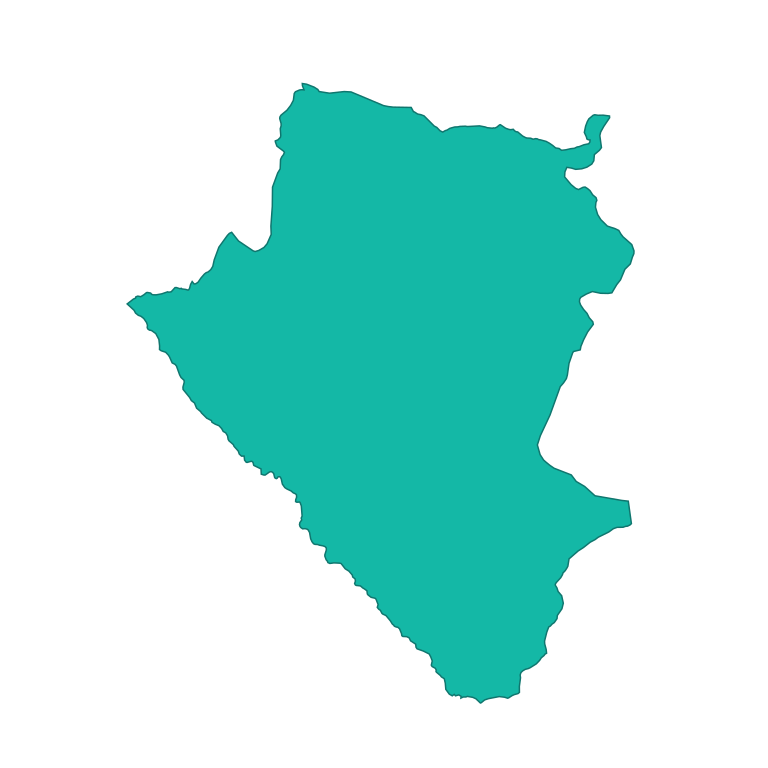 outline of Cornereva, Caras-Severin, Romania, rotated 99°
{"feature_id": "2599482B63249378795855", "entity_name": "Cornereva", "entity_type": "district", "adm_level": 2, "iso_a3": "ROU", "parent_name": "Romania", "parent_adm1": "Caras-Severin", "projection": "mercator", "projection_center": [22.558, 45.065], "detail": "fine", "context": "isolated", "style": "filled", "palette": "teal", "viewbox_px": 768, "rotation_deg": 99, "n_neighbors": 0, "source": "geoboundaries", "source_scale": "gbopen_adm2", "svg_char_len": 6160}
<svg xmlns="http://www.w3.org/2000/svg" viewBox="0 0 768 768"><g transform="rotate(99 384 384)"><path d="M345.1,650.2L350.3,642.4L352.8,640.5L354.6,637.4L355.1,634.7L356.9,631.5L360.5,628.1L363.0,626.8L365.4,626.7L366.6,625.9L367.5,624.1L367.4,623.3L367.7,621.6L369.9,617.3L375.2,613.3L381.5,611.6L385.1,611.1L386.0,609.3L386.8,604.6L389.2,601.5L390.8,600.1L396.3,596.5L397.3,593.4L398.7,591.8L406.9,587.3L409.3,585.5L411.7,582.0L413.7,581.6L418.5,582.1L420.8,581.6L427.7,573.9L430.5,571.7L432.4,568.2L437.2,565.3L440.0,560.7L441.0,559.9L445.5,553.7L447.1,548.8L448.7,547.9L450.1,544.4L451.0,540.5L453.4,537.4L456.0,535.4L457.0,532.7L459.7,530.4L463.0,529.3L464.4,528.2L467.4,523.4L469.1,522.3L473.0,517.5L475.8,516.0L477.5,513.5L477.1,510.9L481.0,509.8L482.8,507.9L482.9,507.0L481.1,503.1L481.1,502.3L481.9,501.1L484.6,500.0L484.9,499.5L487.1,492.2L492.3,491.1L492.7,488.5L492.5,487.1L488.7,483.2L488.2,481.6L488.7,480.2L489.8,478.9L493.4,477.4L494.1,476.6L494.3,475.5L493.7,474.7L492.4,474.2L492.1,473.7L491.9,472.6L492.1,472.0L493.7,470.7L498.8,468.7L501.8,465.8L502.8,463.7L504.2,459.0L505.7,456.6L506.3,454.3L507.0,453.2L509.4,452.6L512.1,453.1L514.0,452.9L514.4,451.6L513.8,448.9L514.1,448.4L517.3,446.6L527.3,444.2L529.4,444.8L531.1,444.0L534.0,445.4L536.0,445.5L537.5,444.9L538.7,443.9L539.8,441.7L539.2,439.3L539.4,437.3L539.9,436.2L542.3,434.3L548.4,432.2L551.1,430.4L552.8,428.6L553.2,427.0L552.9,424.6L553.3,422.6L553.4,418.7L553.9,416.6L554.9,415.4L557.0,415.0L561.9,415.7L563.3,415.5L566.7,413.6L567.5,412.5L569.2,411.4L569.7,409.4L568.5,405.4L567.9,399.9L568.0,398.3L572.6,393.4L574.3,389.4L577.6,385.5L579.5,384.7L581.0,382.1L583.1,381.4L585.7,381.8L587.0,380.8L587.3,379.9L587.1,375.7L588.8,373.0L589.4,371.4L590.9,368.5L594.0,367.6L594.8,366.8L596.7,363.4L597.0,359.3L597.8,358.2L602.8,355.3L605.7,355.7L607.3,353.9L608.1,352.2L610.8,350.2L611.4,349.3L612.4,345.8L617.1,340.5L619.7,338.3L620.9,336.4L621.6,335.9L622.1,333.9L622.1,332.3L623.3,330.4L627.7,327.7L629.8,327.0L630.4,325.9L630.0,322.0L630.8,319.4L633.5,317.6L636.0,312.0L639.0,311.2L640.4,309.9L641.6,303.4L643.6,297.1L646.3,295.1L650.0,293.0L654.2,293.3L654.9,292.9L655.6,292.1L656.7,289.0L658.2,287.7L659.7,287.7L660.4,287.2L663.1,282.7L664.3,281.5L665.6,278.4L669.8,276.7L675.9,275.2L680.1,271.0L681.3,267.8L679.6,266.1L680.8,264.6L679.4,261.5L680.4,259.0L682.2,258.9L680.8,256.9L680.3,254.1L679.5,252.8L679.6,247.3L680.5,244.0L684.0,238.9L683.6,238.1L680.3,235.2L678.4,231.5L674.7,221.3L674.5,215.9L675.0,212.8L674.5,211.8L671.7,208.7L670.4,206.7L668.8,203.2L667.4,202.0L661.5,203.0L652.8,203.2L650.1,204.0L647.6,203.6L645.6,202.1L643.7,199.8L642.5,197.0L641.3,195.2L636.6,189.8L632.7,187.1L629.8,185.8L627.2,183.5L625.6,182.7L624.5,181.3L620.8,182.3L615.6,184.6L612.8,185.2L603.6,184.4L598.2,183.3L597.0,181.8L594.8,180.4L593.0,178.5L588.7,176.4L585.5,176.6L578.2,173.1L572.5,172.6L565.3,175.4L561.7,179.6L558.3,181.3L556.1,183.2L555.0,183.5L553.2,182.8L547.6,179.1L544.4,177.9L542.7,177.7L540.0,175.8L537.0,174.5L535.2,173.9L527.8,173.9L518.6,166.2L514.3,161.4L508.0,155.6L504.6,151.1L501.8,148.4L494.9,138.7L491.0,134.8L489.1,131.3L488.1,125.5L486.8,123.1L486.3,121.2L484.6,118.8L483.2,117.8L461.5,124.4L461.8,131.1L461.4,158.1L453.8,169.8L450.2,178.9L444.5,184.8L440.6,202.8L438.3,207.6L435.6,212.2L434.1,214.5L429.3,218.8L420.2,223.0L410.6,221.5L388.7,215.2L359.0,209.5L354.7,206.8L350.1,204.7L346.4,204.3L334.7,204.5L323.5,202.5L322.2,201.8L319.6,195.5L316.0,195.4L309.2,193.8L300.7,191.0L292.3,186.6L289.9,187.5L286.4,191.7L282.5,194.5L279.1,198.6L275.3,202.1L272.3,203.8L269.3,204.0L267.5,203.1L263.5,198.2L260.1,192.7L260.5,184.3L259.5,176.9L258.3,173.2L249.5,169.7L244.1,166.7L233.0,164.0L226.9,159.5L219.8,158.5L216.2,157.6L213.4,157.9L207.5,161.1L201.2,171.0L198.6,173.7L195.6,176.1L194.5,179.7L193.1,188.1L187.7,195.6L183.2,199.5L176.3,202.8L171.5,203.1L169.3,202.5L166.8,203.7L164.5,207.5L160.8,210.8L159.2,213.4L158.0,216.2L158.6,218.2L161.5,222.3L160.8,225.3L157.8,230.4L151.2,238.0L146.2,238.5L141.4,237.3L141.4,232.7L142.0,228.3L140.5,222.3L138.1,217.5L134.3,213.2L130.7,211.7L124.5,212.1L119.5,207.8L116.5,206.2L104.9,209.7L101.2,209.4L95.4,207.3L85.7,202.8L84.0,203.2L84.2,209.6L85.1,214.7L85.1,217.9L85.8,219.4L90.0,223.1L92.9,224.2L97.7,225.2L104.2,225.5L108.2,222.8L110.3,221.9L110.8,220.5L110.7,218.7L112.8,218.5L114.7,219.4L116.4,223.9L119.0,228.3L119.7,230.4L121.4,232.8L122.3,236.2L124.3,241.2L125.4,245.2L124.0,247.9L124.0,251.4L122.0,254.7L120.2,258.5L119.0,261.9L118.4,267.6L118.4,269.5L117.9,270.9L117.9,272.5L118.9,275.1L118.3,277.5L118.7,281.4L118.5,282.7L117.4,285.9L114.1,291.4L114.2,292.9L113.6,294.4L112.2,296.2L113.0,298.6L113.0,300.4L112.4,303.8L109.7,309.6L110.0,310.4L112.6,312.7L113.8,314.4L114.0,316.3L114.4,316.8L114.7,322.1L114.3,324.2L114.1,330.0L116.3,340.2L116.7,342.2L116.6,343.8L117.7,349.3L118.5,351.4L119.1,354.4L121.2,359.0L123.3,361.4L124.2,363.2L126.0,365.4L125.1,368.3L122.3,372.0L121.4,374.7L112.9,386.4L112.2,389.8L112.1,393.0L110.5,396.6L110.5,397.4L106.6,400.4L109.1,418.2L109.3,423.1L109.1,428.0L100.7,462.2L101.4,469.1L105.3,483.3L105.3,493.8L103.5,495.4L101.7,499.5L100.0,507.3L100.0,511.7L102.2,511.2L106.0,509.0L106.2,511.2L106.8,513.4L109.2,517.2L111.1,518.1L118.0,517.9L123.5,519.8L128.8,522.7L134.6,527.8L136.6,528.6L138.2,528.5L142.8,526.4L145.1,526.0L148.1,526.4L154.8,524.8L156.6,524.9L159.5,527.0L160.9,529.4L161.8,529.2L165.8,527.0L169.7,519.7L170.7,518.6L173.1,519.1L175.7,520.5L178.5,521.3L187.7,520.2L192.2,522.0L207.0,524.9L226.1,522.1L245.8,520.4L253.9,518.8L263.8,521.4L267.9,523.9L271.7,528.6L273.3,532.0L273.0,534.0L265.5,550.1L258.0,558.2L259.4,560.3L261.7,561.9L274.7,568.5L287.9,571.1L294.6,571.5L298.2,573.0L300.8,575.2L301.9,577.1L303.5,578.6L307.8,581.3L312.6,583.6L314.5,585.7L314.9,587.2L312.8,589.5L315.8,590.6L319.9,591.0L321.6,591.7L321.9,592.3L321.6,594.6L321.7,598.5L321.2,599.2L321.8,600.5L321.2,604.2L321.5,605.5L326.2,608.6L327.0,610.9L326.8,612.1L329.7,617.6L331.6,623.0L332.0,626.0L331.8,627.5L330.7,628.7L330.6,632.0L330.9,632.9L333.4,635.1L335.8,637.9L335.7,640.9L336.7,642.7L338.0,642.8L339.3,644.8L345.1,650.2Z" fill="#14b8a6" stroke="#0f766e" stroke-width="1.5"/></g></svg>